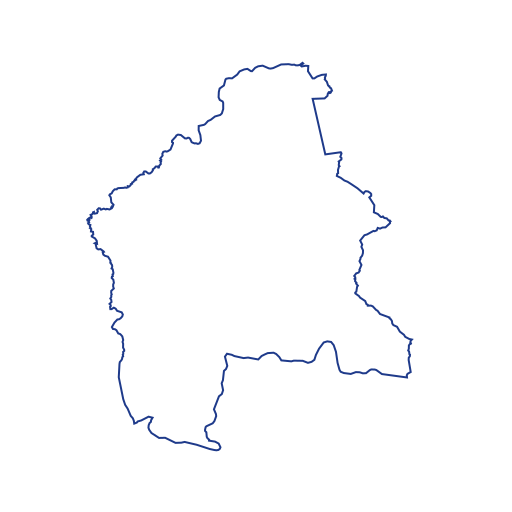 the district of Daffiama Bussie Issa, Upper West, Ghana, rotated 280°
{"feature_id": "2480657B92911606303429", "entity_name": "Daffiama Bussie Issa", "entity_type": "district", "adm_level": 2, "iso_a3": "GHA", "parent_name": "Ghana", "parent_adm1": "Upper West", "projection": "robinson", "projection_center": [-2.277, 10.369], "detail": "fine", "context": "isolated", "style": "outline", "palette": "blue", "viewbox_px": 512, "rotation_deg": 280, "n_neighbors": 0, "source": "geoboundaries", "source_scale": "gbopen_adm2", "svg_char_len": 6061}
<svg xmlns="http://www.w3.org/2000/svg" viewBox="0 0 512 512"><g transform="rotate(280 256 256)"><path d="M446.9,293.3L445.8,289.3L443.4,285.1L441.0,282.6L440.7,280.9L447.0,275.1L452.2,274.5L452.0,271.9L450.6,268.1L451.2,267.1L451.8,267.0L453.7,269.1L454.3,268.3L451.8,265.9L451.0,264.1L450.7,262.0L451.1,260.5L450.5,258.1L450.6,254.9L449.0,247.5L444.0,240.2L443.1,237.8L443.0,236.2L444.6,229.5L443.2,225.2L441.2,222.5L437.3,220.0L437.2,218.8L438.8,215.1L437.7,212.0L435.0,207.8L431.4,206.0L426.8,201.6L426.4,198.4L425.4,195.9L424.5,195.3L418.4,194.8L414.6,191.1L411.1,190.9L405.8,191.6L403.4,193.2L402.4,196.3L401.1,197.1L395.0,198.2L390.5,197.6L388.7,196.3L386.3,191.4L382.2,187.7L380.6,185.3L377.0,183.0L376.1,181.9L374.1,177.0L369.8,177.7L365.4,180.2L360.0,181.8L357.2,180.9L356.3,179.3L356.6,177.3L356.2,176.0L356.7,173.5L357.0,172.8L359.8,170.9L360.7,169.6L360.7,168.5L359.7,167.2L359.5,165.6L362.1,161.0L362.0,158.1L360.8,156.6L359.7,156.3L355.0,153.3L353.6,153.5L353.1,154.6L352.4,154.7L346.0,153.3L343.9,151.0L343.3,149.9L343.4,148.4L342.5,146.6L340.4,146.0L338.7,146.6L335.5,144.8L334.3,146.0L333.3,145.0L332.6,146.1L331.5,145.8L330.1,146.3L328.2,145.1L326.3,145.0L326.1,144.4L327.1,143.8L326.7,141.7L324.8,140.7L323.5,139.3L322.5,139.6L320.3,138.6L318.8,137.1L318.6,135.7L320.1,132.8L319.8,131.2L318.3,130.6L317.0,131.3L315.9,128.0L312.8,125.1L311.1,124.3L310.6,124.6L310.3,123.7L309.6,124.0L309.1,123.0L307.9,122.6L306.9,121.3L305.7,121.5L305.1,120.2L304.2,120.3L302.5,119.2L302.5,117.6L301.3,117.8L300.6,116.3L300.8,115.2L300.2,114.1L299.0,108.9L298.5,107.8L297.5,107.3L297.1,105.2L294.9,103.7L292.6,103.0L291.5,101.5L290.4,101.0L288.5,102.8L283.7,104.2L281.7,106.8L279.8,106.4L279.8,105.7L279.1,105.9L278.7,105.0L277.9,105.6L276.4,103.7L276.5,100.9L275.8,100.0L276.2,97.9L274.7,95.3L275.8,94.1L275.7,92.8L273.9,91.6L272.6,92.5L270.6,92.0L269.7,89.8L270.4,88.8L271.2,88.7L270.7,87.9L269.3,88.0L267.7,86.0L266.6,87.2L265.1,87.5L264.8,87.2L265.4,86.3L264.3,85.0L263.5,85.4L263.3,84.1L262.3,83.5L261.6,83.9L261.6,85.5L260.8,85.2L260.1,85.8L259.2,84.9L258.2,85.7L257.8,87.5L256.3,87.3L255.0,88.2L254.6,87.8L253.9,89.1L251.5,89.2L251.5,91.3L248.9,92.0L247.4,90.7L246.7,90.8L245.4,94.4L243.3,96.5L240.6,97.3L241.1,95.8L240.5,95.0L240.0,96.5L238.9,96.4L235.9,97.7L235.1,99.5L235.8,101.7L234.0,105.2L233.7,105.5L233.0,104.4L230.9,105.4L230.0,107.1L229.6,110.4L226.2,113.5L224.0,113.7L223.7,114.6L222.8,114.9L222.1,115.8L220.3,116.3L218.6,115.9L218.1,117.2L214.7,118.5L213.4,118.5L212.9,117.9L211.2,118.5L210.6,117.7L209.3,117.7L207.9,119.6L204.9,120.7L203.3,120.3L201.2,120.6L199.3,121.6L196.5,119.5L194.5,119.8L193.1,120.6L192.3,120.2L190.6,120.6L188.8,119.9L187.8,121.0L185.6,121.7L183.4,120.1L182.8,121.1L181.6,121.7L180.6,121.1L178.4,121.8L178.6,123.0L180.4,124.9L180.3,125.5L179.7,127.0L177.9,128.7L177.2,133.5L175.3,135.0L173.3,134.8L171.2,133.5L169.9,132.1L169.4,130.5L165.9,128.2L161.0,126.4L159.3,127.8L159.4,129.8L158.7,131.4L155.8,133.8L155.6,135.6L155.0,136.6L153.6,138.3L150.2,139.8L148.2,139.5L146.5,140.4L142.7,141.0L140.9,142.4L139.7,142.7L138.5,141.8L136.5,142.3L135.6,141.9L134.2,142.6L133.1,141.9L131.4,142.0L129.9,141.5L127.9,140.3L126.0,140.3L112.8,141.9L92.0,150.1L86.7,153.0L83.4,156.1L76.8,160.4L74.8,162.9L72.5,164.3L69.8,165.2L71.3,167.6L72.5,168.2L74.1,171.5L79.1,178.1L78.8,182.2L76.0,181.2L74.4,181.3L73.0,180.2L70.7,179.7L68.2,179.9L66.3,181.0L63.5,183.8L60.0,192.1L61.2,198.1L58.0,209.2L59.2,214.9L60.5,218.0L59.8,230.4L57.9,243.9L57.7,248.6L57.8,250.8L58.5,252.7L59.9,253.9L61.5,254.2L64.8,251.8L66.1,247.9L66.0,241.8L66.9,241.8L68.2,239.8L69.4,238.9L73.8,237.7L74.8,236.3L75.7,236.0L78.7,236.1L79.7,236.7L83.7,242.4L86.2,243.7L91.4,244.6L93.4,244.0L97.7,241.2L111.4,243.9L114.1,246.3L118.1,246.9L124.7,244.3L127.9,245.0L137.3,244.4L139.5,246.1L142.8,246.8L151.5,242.9L154.7,244.4L154.5,249.3L153.7,252.1L153.3,261.5L154.6,265.8L154.5,276.2L158.5,278.9L160.5,281.6L162.4,284.4L163.8,290.1L163.0,292.9L160.5,296.5L157.6,299.1L158.4,309.1L159.5,311.4L160.9,320.2L159.8,325.7L161.4,329.1L163.9,331.5L169.0,332.2L175.7,334.2L182.6,337.7L184.3,341.0L184.4,344.9L181.7,348.0L175.5,351.4L164.9,354.9L158.4,358.0L156.7,359.5L156.0,362.8L156.3,369.8L159.0,374.5L159.5,378.3L159.0,381.6L159.7,384.7L163.4,387.9L164.3,389.2L164.8,392.7L164.6,394.3L161.6,400.5L162.6,425.8L164.7,425.2L166.3,425.7L168.6,428.5L180.1,424.4L182.4,424.1L184.0,424.9L185.5,424.8L185.8,424.2L188.6,423.3L189.3,422.3L191.2,422.6L194.5,422.1L196.0,422.8L196.3,423.6L196.9,423.8L197.6,423.0L199.2,423.0L200.8,424.0L200.9,421.3L202.3,417.0L204.1,415.4L206.5,410.8L210.8,407.2L211.8,403.3L213.2,401.9L215.5,401.2L217.1,399.8L217.8,398.3L218.6,398.2L220.4,388.2L223.2,385.2L223.7,383.7L226.7,379.7L227.1,377.8L226.5,374.7L227.4,374.5L227.8,373.1L230.6,371.4L233.1,365.7L234.4,364.4L236.4,360.3L237.2,360.1L238.4,361.0L243.2,360.9L244.5,361.5L245.6,360.0L246.3,359.4L246.9,359.7L248.5,357.9L250.2,357.9L250.6,357.1L251.4,357.7L252.4,357.4L253.4,356.2L256.3,357.7L257.5,359.9L259.5,360.8L260.2,360.2L265.5,361.4L268.9,358.8L271.3,359.4L272.4,359.2L274.8,360.5L277.4,360.8L280.2,360.4L283.3,358.2L285.7,358.6L289.3,355.9L295.3,359.2L296.5,361.6L301.1,367.3L301.0,368.5L302.2,370.4L304.8,371.0L304.5,373.4L306.0,375.6L306.7,378.6L311.6,382.3L313.0,381.9L313.5,382.4L314.2,381.6L314.0,380.4L315.8,378.2L315.7,375.8L317.0,374.1L316.2,373.1L316.2,372.0L318.5,368.7L319.5,364.5L326.6,363.7L333.4,357.4L335.3,359.0L337.0,358.7L337.9,357.7L339.0,355.2L338.9,352.8L337.9,351.7L336.2,351.1L340.3,344.2L343.2,337.6L345.0,333.3L345.7,329.9L347.7,325.9L348.9,321.7L351.1,321.7L351.8,322.5L355.0,321.8L358.7,322.2L359.0,322.6L359.9,321.7L362.6,321.6L363.4,321.0L365.9,323.3L367.3,323.2L368.3,321.8L371.8,322.4L372.6,321.9L372.5,321.2L372.8,321.1L368.1,306.6L420.6,284.5L423.1,296.2L426.2,298.6L428.1,298.5L430.0,299.2L430.2,300.0L429.1,299.8L429.3,300.6L430.0,301.3L431.6,301.5L432.0,302.1L434.2,300.8L434.7,299.5L435.9,298.8L435.8,298.3L436.6,297.3L439.9,295.5L441.9,293.0L443.1,293.2L443.9,292.8L445.5,293.4L446.9,293.3Z" fill="none" stroke="#1e3a8a" stroke-width="2"/></g></svg>